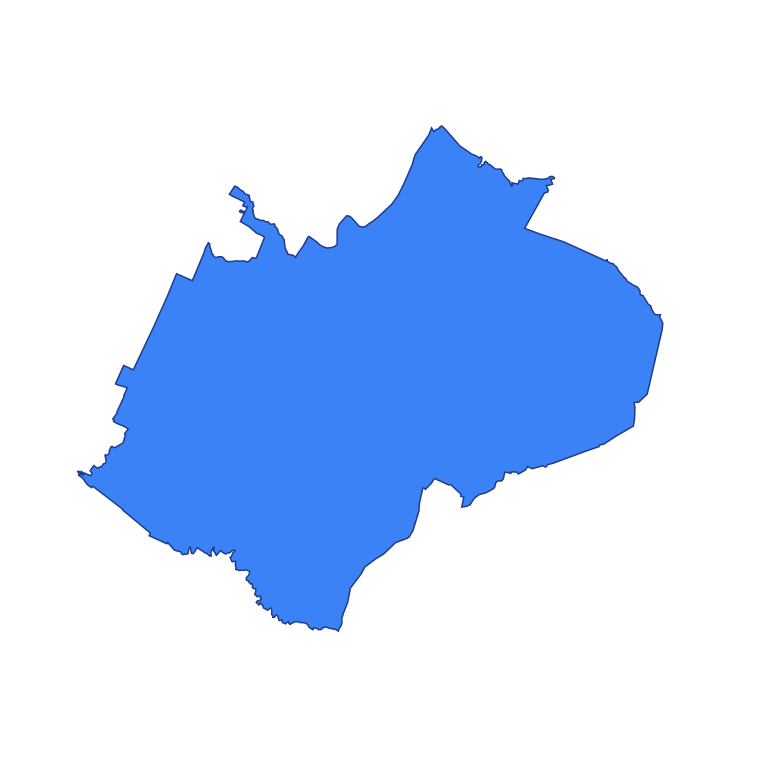 Targu Trotus, Bacau, Romania, rotated 115°
{"feature_id": "2599482B41851709031441", "entity_name": "Targu Trotus", "entity_type": "district", "adm_level": 2, "iso_a3": "ROU", "parent_name": "Romania", "parent_adm1": "Bacau", "projection": "equal_earth", "projection_center": [26.691, 46.277], "detail": "fine", "context": "isolated", "style": "filled", "palette": "blue", "viewbox_px": 768, "rotation_deg": 115, "n_neighbors": 0, "source": "geoboundaries", "source_scale": "gbopen_adm2", "svg_char_len": 6171}
<svg xmlns="http://www.w3.org/2000/svg" viewBox="0 0 768 768"><g transform="rotate(115 384 384)"><path d="M594.9,622.4L595.6,622.5L595.8,622.0L596.5,618.2L597.3,616.1L600.4,610.8L600.8,609.5L601.5,605.2L599.7,604.8L607.9,567.9L608.6,567.8L617.8,532.9L620.7,532.7L620.6,513.4L619.1,513.1L623.2,503.5L622.0,497.3L623.1,496.0L623.8,494.6L620.8,489.9L615.6,491.2L613.7,490.9L613.8,490.5L618.7,487.1L618.8,486.2L618.4,485.4L617.5,484.9L611.3,484.2L612.6,474.9L612.7,473.9L612.2,472.8L613.0,471.5L613.4,469.8L613.1,468.0L612.5,467.8L611.2,469.1L608.8,470.0L605.9,469.5L604.0,469.6L604.1,468.6L606.8,468.3L607.4,467.7L608.0,466.8L608.1,465.5L609.7,464.6L610.1,463.4L603.9,461.7L604.7,459.7L605.1,455.9L601.6,452.2L598.5,450.7L597.8,450.0L597.7,449.1L598.0,448.5L598.8,448.4L600.5,449.5L604.7,449.5L605.7,449.6L606.2,450.2L609.1,446.9L609.1,446.1L607.4,444.0L607.6,443.3L609.9,442.8L612.5,440.8L614.5,440.2L614.8,439.7L614.1,438.3L614.5,437.0L612.7,433.9L612.3,432.4L610.8,430.7L610.6,426.5L614.3,425.7L617.7,426.9L619.8,426.0L620.0,425.4L619.7,423.7L620.6,422.8L621.6,420.6L621.5,420.0L620.7,419.2L622.5,417.7L623.9,417.5L624.5,416.2L624.5,415.3L623.9,413.9L624.1,413.5L625.4,412.8L629.5,412.1L629.5,410.9L630.2,409.4L630.3,408.6L628.4,406.7L629.1,405.7L630.3,405.4L630.6,404.3L631.6,404.3L634.3,407.2L635.9,407.5L637.1,404.0L634.6,403.5L635.7,401.8L636.2,399.6L637.9,398.8L638.1,393.8L635.4,392.6L634.8,391.9L636.6,390.1L640.3,388.4L641.7,386.3L642.5,386.2L642.1,385.2L641.2,384.4L639.1,384.5L638.9,383.7L639.1,382.0L640.3,381.4L642.7,379.0L641.3,377.4L641.1,376.6L642.5,376.0L643.1,374.9L643.2,374.2L642.7,373.8L643.1,372.0L640.2,370.6L639.9,370.0L641.0,369.2L641.6,367.6L637.4,364.5L635.6,360.8L635.7,359.1L634.1,355.5L633.9,353.0L634.6,351.1L636.0,349.3L636.3,348.3L636.8,344.7L636.3,344.4L635.1,344.9L634.7,344.3L634.0,342.3L634.2,339.7L633.7,338.0L632.7,336.9L631.2,336.6L628.7,334.1L628.5,330.0L627.8,328.6L627.8,326.7L626.9,325.4L627.2,320.9L626.3,321.3L620.3,320.8L618.5,321.1L614.4,323.1L609.2,323.9L597.0,324.7L583.2,328.2L564.6,324.3L558.3,324.2L546.1,317.7L537.9,312.3L522.7,306.4L514.3,298.0L512.2,296.6L504.6,295.8L487.0,298.3L483.9,298.8L477.6,301.4L462.5,304.7L461.5,304.6L461.3,304.0L462.0,302.0L454.0,299.1L448.6,298.5L448.3,297.3L448.1,282.4L446.9,281.2L451.3,267.6L453.3,267.1L452.9,263.8L462.7,261.6L460.1,257.6L456.9,254.9L449.8,254.0L444.0,251.0L439.1,245.2L432.3,240.4L430.4,240.1L426.8,240.9L424.7,240.5L423.4,239.2L422.1,236.4L419.6,235.8L412.9,237.2L412.1,235.1L411.4,231.2L409.9,231.6L407.7,226.4L408.8,224.2L402.0,219.4L398.1,218.9L398.2,214.0L391.0,205.5L391.1,202.7L389.9,201.8L389.1,202.0L387.5,201.1L384.4,197.3L359.5,172.7L349.9,162.7L347.9,162.6L345.7,159.5L332.9,151.5L316.7,140.2L309.7,142.2L299.1,146.7L295.7,149.3L294.6,148.7L292.8,145.5L282.0,141.2L217.1,154.9L211.1,157.0L207.2,161.9L206.0,162.6L204.5,162.6L206.3,167.0L206.4,168.3L203.1,173.0L200.4,175.3L200.1,178.1L194.3,186.8L194.8,189.2L193.1,190.7L191.5,191.2L189.6,194.0L189.0,196.1L189.1,199.6L188.0,207.4L186.8,208.6L185.3,212.8L181.7,220.1L179.7,222.3L179.1,225.1L178.1,227.3L178.7,228.9L178.6,233.1L177.1,234.1L177.6,234.9L178.7,235.1L179.2,281.1L182.2,306.0L183.5,322.3L143.2,319.4L140.7,316.7L138.8,317.1L135.5,320.8L133.9,318.1L131.5,315.7L128.2,319.4L125.8,316.4L124.8,317.4L124.8,319.6L126.4,321.6L128.9,322.7L131.8,327.4L136.1,340.1L137.9,342.2L138.9,344.7L141.3,344.5L141.8,344.8L142.4,347.4L146.1,346.9L147.6,353.1L149.8,351.4L150.6,352.3L147.8,355.7L147.1,355.7L146.0,359.2L144.1,363.4L142.7,364.7L141.9,366.5L140.0,368.0L140.0,369.3L142.2,373.8L140.4,380.8L140.8,382.2L139.8,383.8L139.3,386.1L141.2,386.9L142.7,386.0L143.3,386.2L144.1,388.1L145.3,387.7L146.3,388.1L147.3,390.5L145.6,391.1L143.6,389.9L141.4,389.9L137.7,390.7L137.1,391.8L137.2,392.6L138.9,392.7L138.9,393.3L138.5,394.9L138.3,398.5L138.6,400.2L138.5,402.2L136.2,415.9L127.6,435.3L125.7,440.4L126.7,441.7L129.6,442.5L131.6,444.4L134.2,445.6L131.8,449.1L139.4,448.6L162.6,452.6L167.1,452.2L173.0,451.1L193.3,450.6L206.4,450.9L217.6,452.9L234.7,459.7L241.0,462.8L245.2,465.5L249.1,467.3L251.1,470.4L251.5,473.2L247.0,483.8L246.5,485.9L247.3,489.0L257.9,492.1L263.6,491.8L277.3,485.5L280.4,487.0L282.0,488.5L284.7,492.7L285.3,496.4L285.1,500.4L283.7,505.0L281.9,514.3L283.1,515.0L292.9,515.5L302.8,517.4L306.3,517.6L306.7,517.9L306.1,518.6L305.7,520.8L307.0,525.7L303.6,529.6L303.1,530.7L295.3,535.6L293.1,538.9L292.5,542.5L289.1,545.5L287.7,547.7L287.5,549.2L285.5,550.5L285.3,551.4L286.8,553.4L287.0,554.2L287.1,555.3L286.2,557.0L286.1,558.0L287.0,559.2L286.7,562.1L287.5,564.5L288.1,564.8L287.8,567.0L288.4,570.5L287.2,572.2L283.6,575.3L282.1,575.8L280.2,577.5L277.7,577.2L275.3,579.0L274.4,580.4L275.0,582.1L274.9,582.8L272.4,584.1L271.8,585.2L270.4,585.4L269.9,586.7L270.6,589.8L269.5,592.3L268.9,592.9L268.8,596.2L267.6,599.8L267.7,602.9L277.4,604.3L277.4,602.8L277.8,602.0L278.0,587.3L282.1,587.3L282.1,584.5L281.2,582.6L286.6,582.5L287.0,585.4L286.9,587.3L287.7,587.8L288.8,587.8L289.1,586.8L288.2,582.7L297.4,582.9L298.5,572.1L301.2,563.3L300.9,558.1L301.5,554.3L323.5,553.0L324.7,554.5L325.0,556.8L329.7,558.3L330.8,559.1L331.4,560.1L331.4,562.5L333.6,566.6L334.6,569.4L338.6,576.0L339.2,578.5L339.0,580.2L337.5,583.0L337.3,584.4L337.5,585.6L338.9,588.1L340.5,589.9L340.4,591.6L338.7,594.2L339.0,594.8L336.6,596.5L331.9,600.9L330.9,600.9L330.2,602.9L336.7,603.3L341.1,602.6L371.4,601.4L371.7,618.6L394.9,617.5L428.8,616.9L477.1,617.2L477.2,627.8L497.4,627.4L497.3,624.8L496.0,616.4L496.2,615.1L504.4,614.9L505.0,614.3L522.3,614.2L523.2,613.6L530.3,615.1L530.8,612.9L532.3,613.3L532.6,609.5L532.2,601.9L532.8,596.8L538.6,598.1L539.0,598.0L539.1,596.9L547.6,595.6L555.7,601.2L555.5,603.9L555.6,604.4L556.6,604.9L560.6,604.8L560.7,604.3L562.2,604.1L565.0,604.2L565.9,605.6L565.7,606.6L566.8,606.6L571.3,603.1L573.5,603.0L575.1,604.6L578.2,605.0L578.7,606.0L579.9,606.6L581.4,608.5L580.6,612.6L586.9,613.7L588.1,611.0L588.7,610.7L590.8,610.9L591.3,611.3L591.0,612.4L591.4,615.8L591.2,617.2L591.7,618.7L591.2,621.4L591.6,621.3L592.2,620.1L592.9,617.7L593.3,617.8L593.6,618.4L592.2,622.6L592.2,624.2L592.9,624.5L594.4,621.2L594.9,622.4Z" fill="#3b82f6" stroke="#1e3a8a" stroke-width="1.5"/></g></svg>